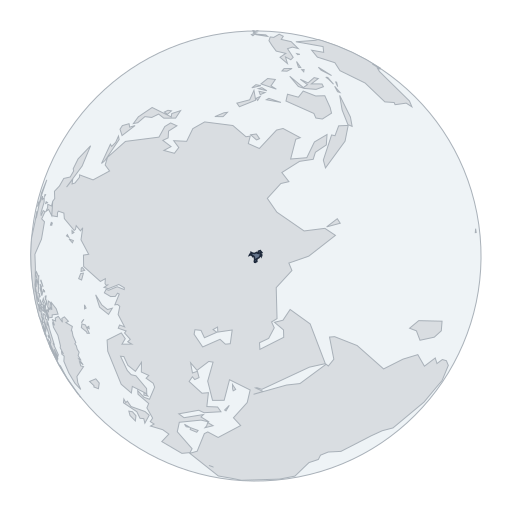 Haryana highlighted on a globe, orthographic projection, rotated 259°
{"feature_id": "IND-2430", "entity_name": "Haryana", "entity_type": "State", "adm_level": 1, "iso_a3": "IND", "parent_name": "India", "parent_adm1": "", "projection": "orthographic", "projection_center": [76.236, 29.302], "detail": "coarse", "context": "on_globe", "style": "filled", "palette": "slate", "viewbox_px": 512, "rotation_deg": 259, "n_neighbors": 0, "source": "natural_earth", "source_scale": "10m", "svg_char_len": 11315}
<svg xmlns="http://www.w3.org/2000/svg" viewBox="0 0 512 512"><g transform="rotate(259 256 256)"><circle cx="256" cy="256" r="225" fill="#eef3f6" stroke="#a8b0b8"/><path d="M315.7,38.8L316.0,38.9L331.2,45.4L341.8,49.5L335.0,47.5L358.8,57.5L370.7,65.2L353.7,55.4L349.2,53.7L355.6,58.0L352.3,57.3L353.5,59.2L349.1,58.2L339.5,53.2L336.5,52.7L341.2,55.8L339.7,57.3L333.3,52.7L330.0,54.9L313.4,48.6L299.9,39.3L287.1,37.3L263.7,32.4L262.3,33.0L252.5,32.4L247.3,33.1L244.4,32.6L242.7,33.7L246.3,34.0L246.7,34.8L243.9,35.4L239.8,34.7L240.6,34.2L238.0,34.4L237.1,33.9L236.0,34.5L231.3,33.9L231.7,35.5L224.6,36.0L222.6,35.4L228.3,34.0L237.9,31.5L253.5,30.7L269.3,31.1L284.9,32.6L300.4,35.1L315.7,38.8ZM203.8,36.9L206.2,36.3L205.6,36.5L210.7,35.9L204.0,37.6L194.8,39.9L190.2,40.8L186.1,42.1L185.6,43.0L172.5,47.0L155.9,54.4L153.1,55.7L154.8,54.7L170.6,47.5L187.0,41.5L203.8,36.9ZM350.0,53.0L346.3,50.9L351.0,53.3L350.0,53.0ZM354.5,59.6L356.6,60.6L356.3,61.2L354.5,59.6ZM214.0,35.0L212.4,35.4L214.0,35.0ZM217.8,34.5L218.8,34.1L220.8,33.8L220.1,34.1L217.8,34.5ZM349.3,60.4L348.3,61.5L347.7,59.5L349.3,60.4ZM216.0,35.1L224.0,33.4L227.4,33.0L227.6,33.8L216.0,35.1ZM346.5,61.5L344.1,64.8L348.5,66.9L334.5,63.2L341.3,61.3L339.9,58.4L343.3,60.7L346.5,61.5ZM248.6,33.9L244.7,33.5L250.5,33.4L248.6,33.9ZM252.3,33.7L269.7,33.4L274.1,34.7L267.4,34.3L275.2,36.0L268.8,36.8L263.1,36.0L261.5,34.9L260.3,36.2L252.3,33.7ZM327.2,61.0L325.2,61.3L325.5,60.1L327.2,61.0ZM247.3,35.1L250.4,34.7L254.5,35.8L249.0,36.7L249.4,36.0L247.3,35.1ZM280.4,36.3L282.4,37.5L277.8,38.4L278.0,39.0L269.0,37.0L280.4,36.3ZM247.1,36.1L246.1,37.3L241.6,37.5L244.5,35.6L247.1,36.1ZM257.9,35.7L259.6,36.3L256.8,36.3L257.9,35.7ZM225.3,39.4L228.9,38.5L231.4,38.9L225.3,39.4ZM246.0,37.7L247.5,37.7L248.9,37.8L247.3,38.7L246.0,37.7ZM266.4,37.9L264.1,38.1L269.8,38.7L266.6,39.7L261.2,38.3L262.2,39.3L261.2,39.7L257.9,38.2L266.4,37.9ZM249.9,40.1L241.9,39.2L234.6,40.5L232.2,40.1L244.4,38.1L249.9,40.1ZM254.9,39.1L251.3,39.6L250.1,38.6L252.0,37.7L254.9,39.1ZM266.4,41.1L272.7,39.9L273.7,40.3L266.4,41.1ZM248.0,40.7L249.9,40.9L247.6,40.9L248.0,40.7ZM261.0,41.0L263.1,40.5L264.1,40.9L261.0,41.0ZM252.1,42.0L249.5,41.6L250.7,40.9L252.1,42.0ZM256.3,41.7L257.3,42.5L252.6,40.9L257.1,41.4L256.3,41.7ZM261.6,41.6L262.9,41.7L260.6,41.7L261.6,41.6ZM249.3,45.4L243.2,43.5L245.7,41.7L251.3,43.7L249.3,45.4ZM32.5,236.5L38.6,198.9L42.1,190.6L47.3,177.0L74.9,153.4L75.6,161.0L91.5,171.4L92.5,175.1L85.1,184.2L92.5,208.6L101.5,203.0L113.8,219.4L125.6,224.7L139.6,206.4L120.4,197.2L122.6,185.8L142.4,184.7L160.0,193.6L161.5,189.5L155.0,176.3L163.7,171.4L153.3,171.3L154.0,176.5L147.5,176.9L146.4,172.3L149.6,170.5L145.6,166.4L131.6,176.8L130.9,183.2L117.6,179.0L115.1,189.5L109.8,191.9L112.1,175.1L115.5,170.4L115.8,150.1L111.0,154.5L110.4,174.2L108.5,171.3L102.0,178.4L105.4,170.7L107.4,149.0L98.5,145.2L79.0,156.5L75.6,153.7L76.4,145.6L91.8,128.1L97.8,136.5L103.3,131.3L109.2,120.0L110.5,123.9L113.6,120.6L116.6,123.6L127.7,119.9L131.7,122.5L142.8,113.8L146.4,114.2L138.8,119.0L135.7,124.1L146.6,131.5L150.7,130.8L157.0,124.8L159.2,128.0L164.0,121.3L173.5,123.3L165.8,115.6L173.1,109.4L182.5,107.1L183.5,103.9L168.2,107.8L163.3,110.8L161.3,115.3L146.8,123.3L141.6,122.5L151.6,109.7L145.3,107.5L155.8,99.2L190.8,92.3L201.9,93.8L206.2,109.1L199.8,111.9L195.0,107.6L193.2,117.3L196.3,113.7L198.2,116.7L205.5,112.3L207.2,114.2L211.4,107.0L214.3,108.9L211.5,113.5L224.9,109.5L232.6,112.7L234.8,110.9L235.0,108.1L244.7,114.5L245.9,113.0L243.2,110.2L243.9,105.6L248.8,100.1L251.9,102.5L250.5,104.8L252.3,113.9L248.2,120.2L249.9,120.7L254.2,115.9L252.1,104.8L254.2,100.8L256.2,105.7L255.6,103.6L257.6,102.5L262.5,103.8L260.7,98.4L278.6,84.8L289.8,86.8L289.6,92.1L305.3,87.3L316.8,91.3L314.2,88.5L320.1,85.3L316.6,83.9L315.8,82.4L329.3,75.0L334.8,75.6L337.7,70.6L336.4,69.4L332.5,68.5L334.5,63.2L348.5,66.9L350.8,69.4L358.0,70.5L362.1,76.3L368.8,82.1L369.0,88.7L374.2,93.2L376.5,93.2L385.3,99.9L395.8,114.7L377.5,102.5L359.8,83.2L366.2,90.7L361.8,89.2L362.2,92.2L367.0,97.8L369.3,98.3L361.8,110.6L367.4,128.5L374.1,125.3L381.2,129.1L393.4,149.7L391.2,183.4L400.5,191.2L402.9,197.6L398.9,203.2L395.3,194.0L388.7,192.3L387.3,186.6L379.6,193.5L377.2,185.7L372.4,195.5L377.2,200.9L384.9,197.2L381.8,209.8L393.1,218.3L397.4,231.2L388.5,258.2L375.0,268.9L374.8,273.2L367.8,269.9L360.9,279.8L375.7,300.2L376.0,306.9L363.7,322.0L363.0,317.3L344.6,308.5L342.8,324.6L356.8,335.1L361.7,348.9L351.6,346.2L346.5,334.1L340.0,330.6L340.6,316.8L333.0,297.3L322.7,302.5L322.4,294.2L310.4,278.1L295.1,284.8L271.4,308.0L270.0,328.9L261.1,337.9L245.8,307.8L242.8,286.9L234.9,288.5L221.1,269.8L190.5,264.7L188.3,258.7L182.0,260.2L172.7,252.7L170.2,242.9L163.6,242.0L170.9,267.7L178.2,268.9L187.4,261.5L187.8,270.2L197.0,279.3L179.0,296.2L137.1,303.5L136.7,287.2L124.0,236.3L126.5,231.9L126.6,231.3L126.6,230.3L121.7,237.1L120.7,227.2L123.5,261.4L122.4,274.8L136.4,304.2L134.2,306.0L139.8,312.7L162.4,312.7L161.8,317.8L148.8,338.2L120.8,359.7L126.7,380.6L128.3,396.0L115.7,400.3L121.7,412.5L115.9,413.1L118.8,419.2L116.9,422.9L111.9,423.9L98.1,414.8L93.4,408.8L80.5,393.0L61.1,357.7L60.4,346.6L57.5,334.7L48.0,302.1L49.8,289.5L48.2,281.3L44.4,278.4L43.1,268.6L41.2,265.6L32.5,252.2L32.5,236.5ZM59.4,169.8L57.3,173.5L57.2,173.5L59.4,169.8ZM174.8,214.0L187.9,218.5L188.6,204.0L193.6,204.7L192.0,199.8L188.6,203.0L185.6,189.8L193.5,187.8L195.3,182.0L191.0,180.3L176.9,186.3L181.1,204.8L175.3,209.1L174.8,214.0ZM151.7,56.3L152.3,56.1L150.6,56.9L151.7,56.3ZM128.0,101.6L126.7,105.0L122.1,107.7L117.1,106.1L123.5,101.9L128.0,101.6ZM125.9,109.3L137.2,97.9L140.8,99.0L136.9,100.2L138.1,102.0L132.1,104.6L124.5,117.4L120.1,120.8L113.1,115.0L117.8,114.8L118.8,111.2L125.9,109.3ZM159.6,72.2L164.6,68.7L166.0,75.3L161.2,77.9L155.8,76.0L158.3,71.9L159.6,72.2ZM214.7,37.4L216.5,36.7L217.6,36.8L217.0,37.4L214.7,37.4ZM226.8,39.0L208.1,41.0L209.2,40.1L196.9,43.1L195.0,42.2L203.0,40.1L192.4,42.0L198.9,39.8L191.3,41.5L209.4,37.1L214.8,35.7L209.5,37.6L211.0,38.3L213.4,38.3L223.9,37.2L236.3,35.2L239.9,36.2L239.1,37.5L236.6,38.1L235.1,37.1L233.0,38.7L228.9,37.8L226.8,39.0ZM227.7,59.4L226.9,56.7L221.9,62.3L217.8,60.4L217.5,61.1L212.3,61.1L205.4,62.6L204.4,61.4L202.2,62.5L198.7,62.7L195.3,64.0L192.2,62.4L187.8,64.0L188.9,62.4L182.1,65.6L185.8,62.6L181.6,63.0L180.3,65.6L171.9,57.2L165.6,56.9L158.4,58.5L165.6,54.0L177.0,49.9L189.3,47.3L194.3,48.6L196.7,46.7L199.8,46.9L196.6,48.3L203.4,46.3L205.1,46.9L216.0,46.4L224.7,43.6L228.9,43.6L226.4,45.0L232.3,44.1L230.4,46.9L233.4,47.1L234.5,50.4L227.9,53.4L231.8,53.5L232.8,56.3L227.7,59.4ZM249.3,46.3L242.4,49.8L236.7,50.6L237.1,44.7L234.7,44.2L234.8,41.0L243.0,40.0L242.2,40.9L243.4,41.6L240.3,41.6L243.6,42.2L242.7,43.6L245.0,44.5L242.1,45.3L249.3,46.3ZM97.2,173.2L98.6,175.1L101.7,176.8L97.6,181.5L97.2,173.2ZM98.2,158.3L100.0,158.9L95.8,165.9L94.3,164.2L98.2,158.3ZM104.5,153.7L100.4,158.4L101.7,154.9L104.5,153.7ZM140.9,119.4L143.2,120.0L142.1,121.6L139.1,123.2L140.9,119.4ZM211.9,77.6L212.4,75.4L213.9,75.2L219.1,70.9L222.6,72.2L220.8,75.4L211.9,77.6ZM134.4,208.4L128.9,210.6L128.0,207.9L130.1,207.7L134.4,208.4ZM110.8,195.8L114.5,201.3L109.7,197.0L110.8,195.8ZM216.5,78.4L218.2,76.4L218.9,78.4L216.5,78.4ZM225.3,73.1L226.7,75.0L223.6,71.9L225.3,73.1ZM237.1,475.7L240.9,476.8L237.0,476.6L237.1,475.7ZM161.5,403.4L156.5,426.2L147.2,423.6L142.3,415.5L142.0,400.9L151.9,399.2L155.8,393.0L161.5,403.4ZM406.7,368.5L411.6,367.4L411.3,368.3L406.7,368.5ZM401.7,367.4L407.6,365.6L400.5,369.6L401.7,367.4ZM409.8,364.9L415.7,361.0L418.2,358.6L417.6,360.5L409.8,364.9ZM397.7,368.8L374.4,375.2L364.9,375.1L367.4,371.3L382.9,368.4L397.7,368.8ZM366.6,371.4L351.7,365.3L329.2,341.0L337.3,340.4L360.4,353.3L359.0,356.5L368.0,362.0L366.6,371.4ZM401.7,345.1L400.2,354.1L387.6,357.1L381.8,357.4L377.8,347.3L380.0,341.1L384.9,340.0L402.4,315.0L408.8,317.8L403.8,327.9L408.9,333.8L401.7,345.1ZM271.1,330.9L277.1,342.9L272.1,344.9L271.1,330.9ZM408.3,298.7L402.0,309.8L407.4,296.0L408.3,298.7ZM410.8,286.3L411.8,290.6L408.4,287.3L410.8,286.3ZM375.7,279.6L370.5,281.9L369.8,278.7L376.0,273.9L375.7,279.6ZM400.7,242.2L402.7,251.9L402.5,255.4L399.1,250.3L400.7,242.2ZM248.5,91.2L237.4,95.3L231.8,100.0L232.2,105.0L226.8,100.1L235.6,92.7L248.5,91.2ZM274.6,85.1L274.2,81.3L277.5,82.2L278.0,83.2L274.6,85.1ZM272.1,83.3L265.7,80.2L267.6,77.6L272.2,80.5L272.1,83.3ZM240.8,78.3L237.3,79.3L236.8,77.6L240.8,78.3ZM416.4,414.2L420.1,409.7L416.2,413.6L422.3,406.8L415.6,413.9L417.0,411.1L413.5,412.4L378.9,436.2L372.7,437.5L377.4,432.6L378.0,421.4L380.3,420.9L382.7,411.9L405.0,396.1L421.9,373.8L430.7,370.3L439.5,354.2L447.4,349.9L443.0,361.3L448.8,361.8L458.7,336.0L456.4,355.2L456.7,358.1L454.8,362.0L446.6,376.1L437.5,389.5L427.4,402.2L416.4,414.2ZM418.7,364.6L426.0,355.3L429.4,353.2L418.7,364.6ZM476.9,300.1L476.6,301.4L476.9,299.9L477.0,299.9L476.9,300.1ZM477.5,297.3L477.6,296.8L477.8,295.2L477.5,296.8L477.5,297.3ZM477.3,296.0L477.4,297.2L477.2,296.6L477.3,296.0ZM476.9,297.7L476.5,297.7L476.6,297.0L476.9,297.7ZM467.2,315.1L469.3,321.1L466.5,324.7L463.8,322.1L459.7,331.4L451.6,337.0L454.1,331.6L453.5,326.5L443.9,330.4L442.0,327.6L445.8,322.9L438.9,323.6L446.5,317.5L449.2,323.9L453.3,314.9L459.6,311.9L464.9,309.8L468.3,311.8L467.2,315.1ZM445.7,335.3L446.9,334.6L445.6,337.6L445.7,335.3ZM475.7,295.9L476.3,297.8L476.0,299.0L475.7,299.4L475.7,295.9ZM469.3,309.4L473.3,298.2L474.1,297.2L471.2,307.8L469.3,309.4ZM472.8,295.0L474.2,293.7L474.7,296.3L474.4,297.8L472.8,295.0ZM430.2,336.4L429.8,338.8L427.7,338.0L430.2,336.4ZM433.1,333.7L439.2,332.9L432.4,335.9L433.1,333.7ZM412.3,334.6L414.4,339.2L421.0,333.2L416.0,340.1L420.0,347.1L418.3,351.0L414.4,343.2L412.3,353.6L409.3,354.5L408.1,346.8L411.3,335.3L414.3,329.9L426.0,323.4L412.3,334.6ZM433.2,327.2L431.5,321.7L432.7,316.8L434.6,319.3L433.2,327.2ZM425.6,308.7L420.2,303.2L415.9,307.8L424.0,293.7L428.0,301.3L425.6,308.7ZM420.1,293.9L416.1,298.2L419.8,290.3L420.1,293.9ZM414.7,296.0L413.6,290.9L417.1,290.4L414.7,296.0ZM422.3,293.3L421.9,284.0L424.2,288.6L422.3,293.3ZM410.5,279.6L419.0,285.6L409.0,285.4L405.7,268.2L409.7,266.4L410.5,279.6ZM414.6,200.7L412.0,196.1L414.8,193.5L415.8,197.4L414.6,200.7ZM421.6,182.4L414.7,191.4L408.7,199.3L411.9,200.5L413.1,209.7L406.7,203.4L408.9,191.8L413.9,187.5L411.9,180.1L414.0,173.5L409.4,165.4L409.4,160.9L415.1,167.1L421.6,182.4ZM407.1,162.2L399.8,147.5L406.4,146.7L409.5,149.7L410.1,156.6L406.6,156.6L407.1,162.2ZM400.0,143.9L396.5,143.9L378.5,125.9L376.3,122.0L393.5,134.4L391.1,135.2L394.4,140.0L400.0,143.9ZM327.2,62.4L325.4,61.4L327.8,61.8L327.2,62.4ZM313.8,81.8L313.1,79.8L316.1,80.2L313.8,81.8ZM313.0,74.9L310.1,75.8L311.9,73.8L313.0,74.9ZM304.0,78.3L308.4,75.7L306.0,79.7L304.0,78.3Z" fill="#d9dde1" stroke="#a8b0b8" stroke-width="1"/><path d="M257.9,249.6L259.0,250.4L259.3,251.4L260.6,251.8L259.4,253.3L258.8,255.0L259.4,257.5L258.5,257.8L258.1,258.8L260.3,259.4L260.5,261.3L258.8,261.9L258.9,262.1L258.3,262.4L258.4,260.6L258.1,260.2L257.1,261.2L256.8,260.5L256.2,260.3L256.3,260.9L255.7,260.9L255.9,261.8L255.1,261.7L254.9,261.4L255.3,260.7L255.0,260.7L255.5,260.4L253.8,258.6L253.1,256.2L252.0,256.2L251.2,255.6L250.4,255.8L250.2,255.4L250.4,254.2L249.9,254.1L250.1,253.4L251.2,253.3L252.4,253.9L252.6,255.0L253.3,254.0L255.3,254.2L256.0,253.8L255.9,252.7L256.6,252.5L257.0,252.9L257.4,252.5L257.0,252.3L257.7,251.6L258.3,251.8L257.9,249.6Z" fill="#64748b" stroke="#1e293b" stroke-width="1.5"/></g></svg>